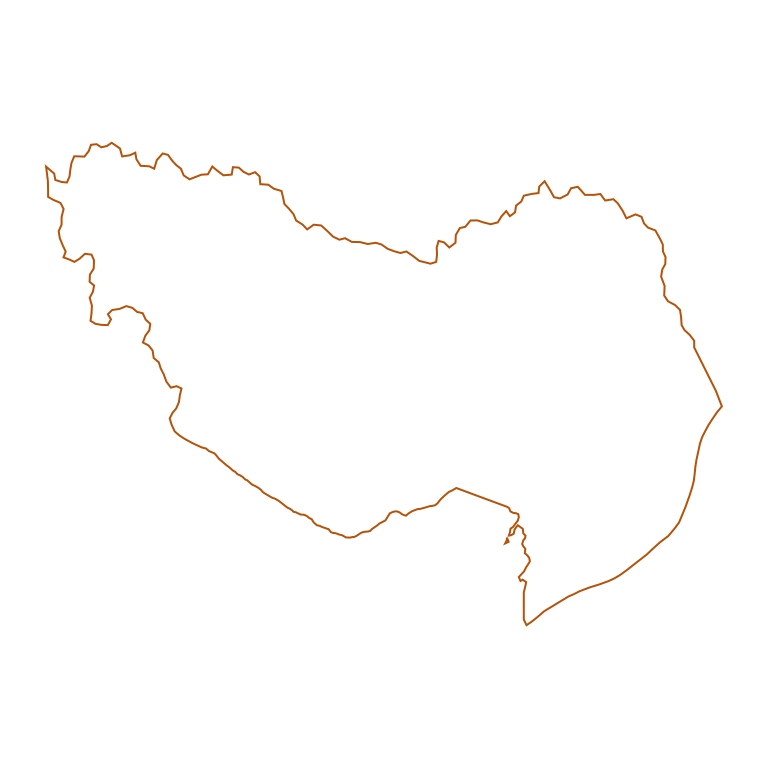 the district of Silves, Amazonas, Brazil
{"feature_id": "56859067B7747492242143", "entity_name": "Silves", "entity_type": "district", "adm_level": 2, "iso_a3": "BRA", "parent_name": "Brazil", "parent_adm1": "Amazonas", "projection": "natural_earth1", "projection_center": [-58.603, -2.851], "detail": "fine", "context": "isolated", "style": "outline", "palette": "amber", "viewbox_px": 768, "rotation_deg": 0, "n_neighbors": 0, "source": "geoboundaries", "source_scale": "gbopen_adm2", "svg_char_len": 4801}
<svg xmlns="http://www.w3.org/2000/svg" viewBox="0 0 768 768"><path d="M668.4,535.9L674.6,528.5L679.1,522.4L685.4,507.2L689.4,496.0L692.0,487.9L693.8,480.9L694.6,474.5L695.4,466.6L696.4,460.1L700.0,443.5L702.1,437.2L704.9,431.7L708.4,425.2L711.8,419.9L716.9,412.4L721.9,406.4L715.9,390.9L694.2,347.4L694.2,340.8L689.9,335.1L684.5,330.1L681.6,325.1L681.1,317.0L680.0,309.9L675.0,305.0L668.0,301.3L664.2,295.5L664.6,285.9L661.1,276.6L662.3,269.4L665.3,264.0L665.5,257.0L662.9,251.3L662.8,244.6L661.3,241.4L659.5,237.8L655.4,230.5L648.0,227.6L644.0,223.4L641.5,216.8L635.5,214.4L626.4,218.3L622.6,210.7L617.7,203.2L613.4,199.2L605.1,200.5L600.4,194.0L594.0,194.9L585.0,194.9L577.8,186.8L571.1,188.2L567.6,194.5L560.0,198.4L554.0,197.2L550.3,190.5L544.6,181.2L539.2,186.6L538.5,193.1L531.8,193.9L523.8,195.7L521.3,201.5L516.1,205.6L515.0,212.4L509.9,216.2L506.2,211.1L501.5,216.3L497.8,222.4L490.7,224.2L483.4,222.4L477.4,220.4L470.5,220.5L465.3,226.8L459.8,228.1L455.8,235.0L455.5,242.7L449.3,247.5L444.1,242.4L438.6,240.9L436.7,247.7L437.0,254.7L436.2,261.9L430.5,263.7L425.0,262.3L419.3,260.9L412.7,255.8L406.4,251.5L400.4,253.0L394.4,251.3L387.8,248.9L381.5,244.5L375.8,242.8L367.7,244.0L360.1,242.1L351.8,241.9L345.0,238.2L339.4,239.7L333.0,236.6L327.3,231.0L321.2,225.5L313.7,224.7L307.2,229.4L302.6,224.6L296.1,220.5L293.6,214.3L288.8,208.5L284.4,204.0L283.0,197.1L281.5,191.0L273.8,188.7L268.3,184.7L260.3,184.2L259.6,176.4L255.1,172.2L248.9,174.5L243.5,171.8L238.8,167.6L232.9,167.2L232.2,171.5L231.7,174.6L223.4,175.3L217.3,170.7L212.3,166.5L207.9,174.3L201.4,174.7L189.5,179.3L183.7,175.4L180.9,168.7L176.5,165.3L172.3,160.8L168.0,154.9L162.7,153.5L156.8,160.1L154.2,168.7L149.3,166.3L140.6,165.8L136.4,159.2L135.3,152.7L129.7,155.3L122.1,156.4L120.0,148.5L111.7,142.8L107.0,146.0L101.3,147.3L96.6,144.2L91.0,144.8L88.7,151.2L84.4,156.6L76.2,156.3L74.2,156.3L71.5,162.9L70.4,169.1L69.5,176.6L66.9,182.5L61.6,182.0L55.3,179.9L54.2,173.6L46.1,166.6L47.9,181.1L48.1,190.0L48.1,196.9L53.4,199.9L60.5,202.9L63.6,209.0L61.6,217.0L61.6,224.6L58.7,231.2L59.8,238.2L62.8,245.5L65.7,251.6L63.5,257.4L69.3,259.5L74.4,261.9L79.6,258.7L84.9,253.8L91.5,254.6L94.0,260.2L93.7,268.6L89.9,274.6L89.6,281.8L94.1,285.5L92.9,291.8L89.7,297.7L91.9,305.7L91.5,313.6L90.5,320.8L95.6,323.9L101.8,324.9L107.8,325.1L111.0,319.3L107.9,314.2L112.2,310.0L119.6,308.9L126.4,306.1L132.4,307.9L137.1,311.9L142.7,313.2L145.7,319.6L150.3,323.9L149.3,330.4L145.4,335.6L142.9,342.5L148.5,345.4L152.6,350.5L153.7,358.0L158.8,362.3L160.7,368.4L163.7,374.2L166.4,381.6L170.8,387.6L176.6,386.2L181.5,388.5L179.9,395.1L178.9,402.2L176.3,408.3L172.5,412.9L169.7,418.4L171.6,424.7L174.7,431.4L179.2,435.3L184.2,438.6L186.5,439.9L188.9,441.2L191.3,442.5L193.9,443.8L198.0,445.7L202.0,447.5L206.0,448.5L208.9,451.0L211.8,452.3L214.2,453.2L215.8,454.8L217.3,456.7L219.0,458.8L221.0,460.5L223.5,462.7L226.7,465.4L228.8,466.9L231.0,468.8L232.9,470.5L235.3,471.9L237.4,474.2L240.0,475.3L242.5,476.8L245.1,479.4L247.2,480.3L249.8,482.6L252.1,484.6L255.1,486.0L258.5,487.9L260.9,489.8L263.0,492.3L265.8,494.0L268.8,495.8L271.9,497.6L275.0,498.7L278.3,500.6L280.3,502.0L282.9,504.1L284.7,505.5L287.5,507.7L290.1,508.8L291.8,510.1L293.6,511.8L295.9,512.3L297.9,513.3L300.8,514.6L303.9,514.7L306.8,516.0L309.2,518.0L311.7,519.2L313.7,522.4L316.8,525.2L319.8,525.9L322.0,527.0L324.5,527.8L326.7,528.6L328.7,529.2L330.7,532.0L333.2,533.0L335.7,533.2L339.1,534.5L342.3,535.3L345.8,537.4L349.9,537.6L352.3,537.1L354.4,536.9L357.0,535.6L360.5,533.2L362.6,532.2L365.5,531.7L368.2,531.5L370.2,530.9L371.9,529.1L374.5,527.3L377.0,525.6L379.4,523.5L382.8,521.8L385.4,520.4L386.7,518.4L388.1,516.0L390.0,513.2L393.5,511.7L396.5,511.3L399.5,512.3L401.8,514.1L403.9,515.1L406.1,515.6L408.3,513.6L411.7,511.4L414.3,510.3L417.3,509.2L420.7,508.8L424.6,507.7L427.8,506.8L429.9,506.1L432.2,505.9L435.2,505.2L437.6,503.2L440.4,499.6L443.4,496.7L446.4,494.0L448.9,491.9L451.3,490.9L453.8,489.5L456.3,488.0L477.5,495.9L507.3,506.9L509.2,508.3L510.4,511.4L513.1,512.8L516.3,513.3L518.3,514.2L518.8,517.2L517.8,520.7L515.7,523.3L513.2,526.8L510.5,528.7L510.0,532.0L508.9,535.6L511.2,535.2L513.8,533.6L514.5,529.7L516.4,526.9L517.8,525.3L520.1,526.9L522.8,528.8L523.3,533.4L525.5,535.7L525.0,538.4L523.3,540.3L522.2,544.0L523.3,546.3L525.3,548.8L524.8,553.2L527.2,555.3L529.2,557.8L529.9,561.3L528.3,564.0L526.2,567.2L524.1,571.3L520.8,574.9L518.8,577.0L520.5,581.0L522.6,579.7L526.2,582.1L525.4,585.8L524.7,588.7L523.8,592.4L523.8,619.5L526.5,625.2L531.5,621.8L537.4,617.1L544.2,611.2L568.4,596.5L574.2,594.0L579.4,591.3L589.4,587.5L599.1,584.5L608.5,581.1L614.0,578.6L619.9,575.1L627.9,569.3L632.5,565.6L646.9,554.4L651.9,549.6L660.1,542.2L668.4,535.9ZM507.0,537.6L506.7,540.4L505.2,543.4L508.6,541.8L507.0,537.6Z" fill="none" stroke="#b45309" stroke-width="2"/></svg>